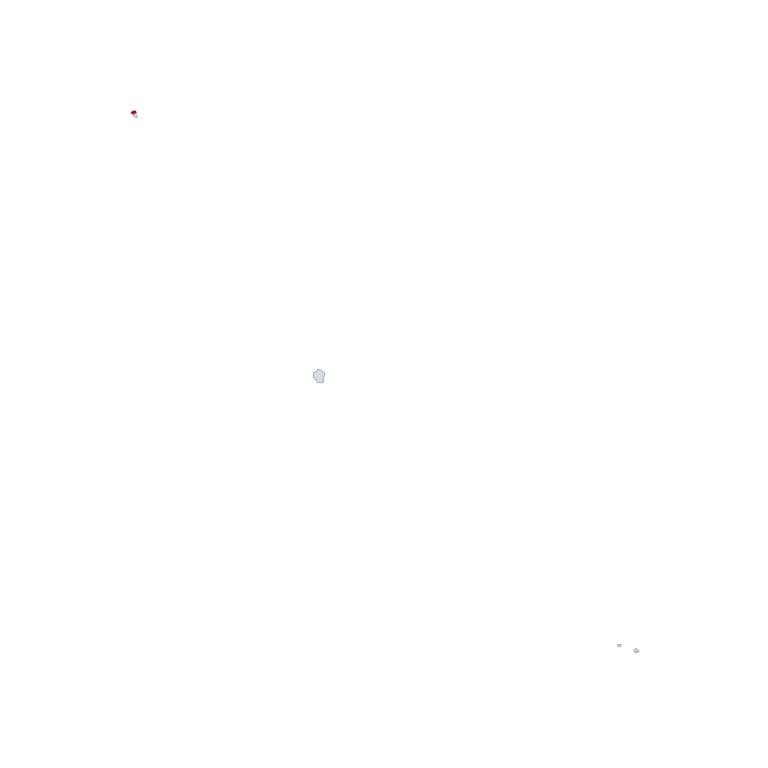 Malem, Kosrae, Federated States of Micronesia shown in context, rotated 216°
{"feature_id": "79324940B17785704243274", "entity_name": "Malem", "entity_type": "district", "adm_level": 2, "iso_a3": "FSM", "parent_name": "Federated States of Micronesia", "parent_adm1": "Kosrae", "projection": "orthographic", "projection_center": [163.014, 5.285], "detail": "fine", "context": "in_parent", "style": "filled", "palette": "rose", "viewbox_px": 768, "rotation_deg": 216, "n_neighbors": 0, "source": "geoboundaries", "source_scale": "gbopen_adm2", "svg_char_len": 1354}
<svg xmlns="http://www.w3.org/2000/svg" viewBox="0 0 768 768"><g transform="rotate(216 384 384)"><path d="M446.3,357.0L442.6,358.4L437.9,357.7L436.5,352.5L434.4,351.1L434.9,348.5L438.2,346.4L445.1,348.1L447.6,351.9L446.0,354.4L446.3,357.0ZM25.2,317.2L24.6,318.1L20.8,317.7L20.3,317.2L20.6,316.8L22.4,316.5L22.7,315.3L21.8,315.1L22.6,314.5L24.1,314.4L24.9,315.1L25.4,316.2L25.2,317.2ZM744.5,454.0L745.2,457.1L741.1,455.6L740.5,454.5L742.9,453.4L744.5,454.0ZM39.9,312.0L38.8,312.3L38.3,312.0L38.6,310.3L39.0,309.8L40.0,309.7L41.8,310.2L41.9,310.6L39.9,312.0Z" fill="#d9dde1" stroke="#a8b0b8" stroke-width="1"/><path d="M745.7,455.4L745.8,455.6L745.7,455.6L745.7,455.8L745.7,456.0L745.8,456.2L745.8,456.3L745.7,456.3L745.7,456.5L745.4,456.8L745.2,456.9L745.2,457.0L744.9,457.2L744.8,457.3L744.7,457.3L744.5,457.5L744.4,457.6L744.4,457.8L744.5,457.8L744.6,458.0L744.8,458.1L745.0,458.1L745.3,458.2L745.5,458.2L745.6,458.3L745.7,458.2L745.8,458.2L746.0,458.1L746.2,457.9L746.3,457.9L746.4,457.7L746.5,457.6L746.6,457.4L746.8,457.3L746.9,457.2L747.0,457.2L747.1,456.9L747.2,456.7L747.3,456.5L747.3,456.4L747.5,456.3L747.5,456.2L747.4,456.2L747.5,456.2L747.5,455.9L747.5,455.7L747.7,455.4L747.7,455.2L747.4,455.2L747.2,454.9L746.9,455.0L746.7,455.1L746.5,455.3L746.4,455.5L745.8,455.4L745.7,455.4Z" fill="#f43f5e" stroke="#9f1239" stroke-width="1.5"/></g></svg>